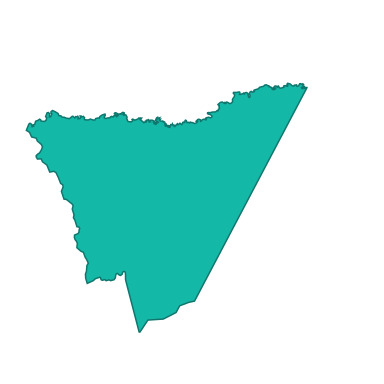 the district of Aceguá, Cerro Largo, Uruguay, rotated 73°
{"feature_id": "84410073B6991751353050", "entity_name": "Aceguá", "entity_type": "district", "adm_level": 2, "iso_a3": "URY", "parent_name": "Uruguay", "parent_adm1": "Cerro Largo", "projection": "equal_earth", "projection_center": [-54.46, -31.833], "detail": "fine", "context": "isolated", "style": "filled", "palette": "teal", "viewbox_px": 384, "rotation_deg": 73, "n_neighbors": 0, "source": "geoboundaries", "source_scale": "gbopen_adm2", "svg_char_len": 5984}
<svg xmlns="http://www.w3.org/2000/svg" viewBox="0 0 384 384"><g transform="rotate(73 192 192)"><path d="M297.1,221.5L126.4,52.1L125.7,51.6L125.4,52.3L125.9,54.0L124.9,54.7L124.8,55.2L125.6,55.8L125.6,56.1L124.6,56.8L124.1,56.8L124.0,56.4L124.6,54.4L124.3,53.6L123.8,53.7L123.7,54.4L123.3,54.8L122.4,54.8L121.9,53.9L120.9,54.4L120.9,55.8L120.1,56.5L120.0,57.4L121.6,59.0L121.7,60.5L121.3,60.9L120.1,60.7L119.8,62.4L119.8,62.9L120.3,63.0L120.4,63.4L120.0,64.6L119.6,65.2L117.4,66.5L116.0,68.7L116.2,69.2L116.7,69.2L117.2,69.8L118.1,69.2L118.8,69.7L118.6,70.4L117.8,70.9L117.3,72.9L117.5,73.3L118.3,73.3L118.8,73.6L118.5,75.2L118.9,76.4L117.9,77.9L115.9,78.4L115.9,78.9L116.7,79.6L116.4,80.1L115.4,80.4L115.0,81.2L115.0,82.0L115.5,82.6L116.0,83.8L116.4,84.0L116.6,83.4L117.1,83.3L117.3,82.9L117.0,82.1L117.6,81.8L117.8,81.9L117.8,82.9L118.1,83.6L117.7,84.8L117.1,85.2L115.3,85.4L114.2,86.6L114.0,87.5L112.9,87.4L112.4,88.5L111.3,89.4L111.1,90.3L111.0,91.2L111.8,92.5L111.6,96.8L112.7,98.4L112.7,102.6L113.1,103.2L114.0,102.9L114.2,103.4L114.2,105.0L113.4,105.5L113.1,105.9L113.1,106.4L113.6,107.5L114.4,108.2L115.0,108.6L117.2,108.2L118.4,109.4L118.2,109.9L117.7,110.1L113.8,109.9L112.8,110.8L112.6,111.5L112.7,112.5L113.7,113.2L113.6,113.5L112.5,113.8L112.8,114.8L112.8,117.6L112.4,118.1L111.3,117.2L110.4,117.2L110.1,117.6L109.8,120.2L108.9,123.1L109.5,123.6L110.0,123.6L111.2,122.7L112.1,123.1L113.2,123.7L114.8,125.8L115.6,126.4L117.5,126.7L118.4,128.2L118.6,129.8L118.0,130.6L116.5,131.8L116.2,132.7L116.8,133.1L115.9,134.3L116.2,134.6L116.6,134.2L117.1,134.3L116.7,135.2L114.8,136.7L114.6,138.7L115.9,141.6L116.5,141.5L116.9,140.6L117.5,140.6L118.5,141.4L118.9,141.1L120.2,141.3L120.6,142.6L121.9,143.2L121.8,143.9L121.5,144.2L122.2,145.7L122.2,146.4L121.5,149.1L121.4,151.8L120.8,152.9L120.8,153.9L121.2,154.2L121.7,154.2L122.7,153.1L123.4,151.6L125.0,150.8L125.9,151.0L126.4,152.0L126.2,153.0L125.3,154.3L125.2,156.9L125.5,157.3L126.0,156.8L127.1,157.5L127.0,157.9L126.1,158.7L125.8,159.9L126.0,161.3L127.0,162.6L127.0,163.1L125.4,162.9L124.6,163.8L124.3,164.8L124.5,165.6L125.4,167.1L125.7,166.1L126.2,165.9L126.6,166.3L126.7,167.0L127.3,168.0L127.2,169.8L125.9,170.9L125.6,172.0L124.7,173.0L124.7,173.5L125.2,173.8L125.1,174.4L124.3,175.0L124.2,176.4L122.0,176.6L121.4,177.1L121.6,177.7L123.3,178.6L123.3,179.0L122.6,179.8L122.7,180.3L122.8,180.6L124.0,181.1L124.5,181.9L124.4,182.4L123.2,182.8L122.8,183.3L122.7,183.9L123.3,184.6L123.5,185.7L122.4,186.0L122.7,186.6L123.3,186.9L123.5,187.6L123.2,188.6L124.2,188.9L124.4,189.2L123.6,189.7L123.2,190.4L122.5,190.1L122.0,190.9L121.1,190.8L121.8,191.7L121.3,192.6L122.4,193.5L122.0,194.5L122.6,194.6L123.3,193.9L123.8,194.3L123.0,195.8L122.1,196.2L121.4,195.9L121.4,196.6L121.0,197.1L121.5,197.7L121.2,198.1L120.5,198.2L119.8,196.7L119.2,197.0L119.2,197.4L118.9,198.1L118.0,197.6L117.1,197.7L116.8,198.1L116.8,199.0L115.9,198.9L115.4,199.6L115.3,200.8L114.4,202.0L114.0,202.1L113.1,200.8L112.6,202.1L111.9,202.1L111.6,201.6L111.6,202.8L110.5,202.9L110.6,203.8L111.2,204.7L111.7,204.9L112.4,204.6L112.4,205.7L112.8,205.9L113.6,205.7L114.8,204.1L115.6,203.9L115.9,204.6L115.3,205.2L115.2,206.1L116.6,206.3L116.8,206.7L115.5,208.4L114.8,208.2L114.9,207.0L113.9,207.3L113.6,208.3L112.8,207.7L111.8,208.9L111.2,210.5L112.1,212.0L112.6,211.6L112.5,212.4L111.7,212.6L110.3,212.2L109.9,212.7L110.1,213.1L110.5,213.1L110.4,214.2L110.0,214.6L110.6,215.3L110.7,216.0L111.2,215.8L111.5,215.3L111.7,215.5L111.5,216.4L111.6,217.6L111.4,218.1L110.7,218.2L107.5,220.5L107.1,220.1L107.2,219.2L106.6,218.6L106.4,219.8L106.0,219.9L106.0,220.3L106.4,220.4L105.8,220.8L105.7,221.4L106.4,222.6L106.6,225.7L105.2,227.0L104.9,227.7L105.2,228.2L105.9,227.7L106.7,228.0L107.2,230.0L106.8,230.4L106.2,232.0L105.6,232.7L103.7,232.8L102.8,233.1L101.5,232.2L99.1,232.6L98.7,233.2L98.7,234.7L97.8,235.4L97.4,235.0L97.3,233.8L96.6,233.6L96.0,234.2L95.6,234.9L95.8,235.9L96.9,237.2L96.8,237.5L96.2,237.6L96.2,239.1L97.6,241.0L98.0,242.0L97.3,242.3L96.5,241.7L96.2,241.4L96.1,240.3L95.6,240.0L93.9,241.8L93.7,242.4L94.3,243.3L95.6,242.7L96.3,242.9L96.5,243.2L96.1,244.1L97.1,245.1L96.7,245.4L96.8,246.3L96.2,246.8L96.4,247.3L96.3,248.0L97.0,248.7L96.5,251.3L96.5,252.9L95.4,254.2L94.6,254.0L93.4,252.5L92.1,252.4L91.9,253.3L92.2,254.1L92.0,255.1L92.9,258.1L94.3,259.0L93.7,260.1L93.6,262.6L94.8,263.9L94.3,265.4L92.5,268.0L92.8,270.2L91.5,273.5L90.5,273.7L89.7,273.0L87.9,273.8L88.0,275.4L87.0,275.7L86.6,276.8L87.9,276.8L89.0,277.5L88.6,279.5L87.8,278.8L86.1,279.1L86.4,280.4L85.9,281.1L86.9,282.4L84.7,283.8L84.7,284.6L86.0,287.6L84.6,290.7L83.0,292.5L82.7,294.1L80.7,295.2L80.0,297.0L77.8,297.1L75.1,299.5L73.3,301.6L73.9,303.3L75.2,303.8L76.3,303.1L78.7,305.1L78.6,306.4L75.5,305.3L74.0,306.1L73.9,307.4L77.2,310.0L78.5,309.2L80.5,310.4L81.4,312.2L80.1,315.6L78.8,315.6L77.8,316.4L78.5,318.7L78.6,320.9L81.2,322.5L81.4,324.3L82.7,324.1L82.9,325.8L80.3,325.6L78.9,326.8L79.4,328.2L84.6,332.4L87.5,329.9L92.5,329.3L94.9,325.3L98.0,325.0L102.5,322.2L105.1,321.8L107.6,323.6L110.0,326.3L110.7,328.6L111.8,330.5L113.2,330.7L115.3,330.2L116.2,326.6L119.5,326.1L123.7,322.9L131.4,322.2L131.8,318.1L133.7,316.4L139.0,315.6L145.4,315.1L147.3,313.5L149.5,313.8L153.2,316.7L161.4,316.5L162.3,314.4L168.7,310.0L170.4,309.7L173.3,311.5L179.3,311.5L181.9,312.9L185.0,312.2L191.6,312.2L192.4,310.4L194.0,310.0L195.1,311.0L197.3,311.8L198.5,313.2L198.8,316.9L201.1,317.8L203.4,317.7L205.1,317.0L207.4,316.6L211.6,318.4L216.1,315.6L217.9,313.5L223.5,313.2L225.6,312.5L229.8,312.0L231.6,314.0L236.9,316.1L239.4,317.9L243.4,318.9L248.8,318.9L247.9,312.3L246.7,309.8L246.5,305.5L247.0,304.6L249.2,304.6L250.2,303.7L250.3,301.0L251.7,300.1L251.8,296.9L253.0,295.8L253.1,292.1L251.8,290.5L248.4,288.8L248.0,287.2L250.2,285.8L250.9,284.8L250.3,282.9L248.3,281.6L248.1,280.8L248.4,279.6L249.3,279.3L251.8,279.8L256.5,281.2L310.4,283.5L310.7,282.7L301.6,271.6L305.1,256.6L302.6,242.5L297.2,237.0L296.6,227.3L297.1,221.5Z" fill="#14b8a6" stroke="#0f766e" stroke-width="1.5"/></g></svg>